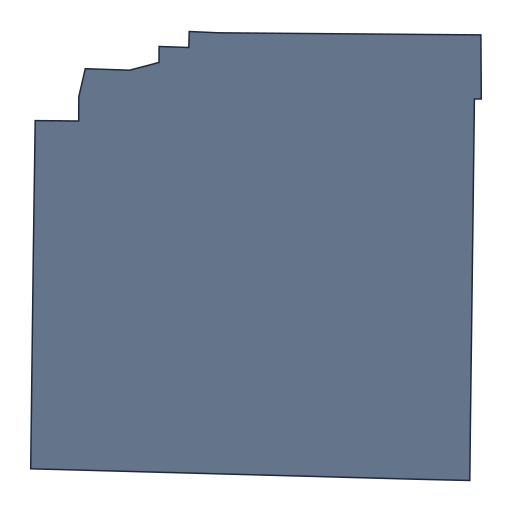 outline of Montgomery, Arkansas, United States of America
{"feature_id": "52423323B83046273754506", "entity_name": "Montgomery", "entity_type": "district", "adm_level": 2, "iso_a3": "USA", "parent_name": "United States of America", "parent_adm1": "Arkansas", "projection": "equal_earth", "projection_center": [-93.652, 34.543], "detail": "fine", "context": "isolated", "style": "filled", "palette": "slate", "viewbox_px": 512, "rotation_deg": 0, "n_neighbors": 0, "source": "geoboundaries", "source_scale": "gbopen_adm2", "svg_char_len": 366}
<svg xmlns="http://www.w3.org/2000/svg" viewBox="0 0 512 512"><path d="M480.9,34.9L218.3,32.8L189.2,31.5L188.8,47.5L159.1,46.5L159.0,62.4L129.6,70.2L85.3,68.7L78.8,96.7L78.7,121.0L35.2,120.6L33.4,247.1L30.7,468.8L411.1,479.1L469.8,480.5L470.5,417.2L473.3,190.8L473.4,181.5L474.4,99.0L481.3,99.0L480.9,34.9Z" fill="#64748b" stroke="#1e293b" stroke-width="1.5"/></svg>